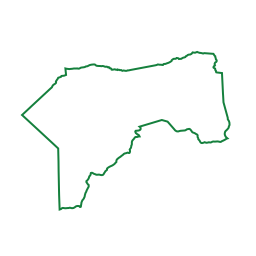 the district of Canudos, Bahia, Brazil, rotated 80°
{"feature_id": "56859067B47198937140500", "entity_name": "Canudos", "entity_type": "district", "adm_level": 2, "iso_a3": "BRA", "parent_name": "Brazil", "parent_adm1": "Bahia", "projection": "equal_earth", "projection_center": [-38.948, -10.003], "detail": "fine", "context": "isolated", "style": "outline", "palette": "green", "viewbox_px": 256, "rotation_deg": 80, "n_neighbors": 0, "source": "geoboundaries", "source_scale": "gbopen_adm2", "svg_char_len": 5010}
<svg xmlns="http://www.w3.org/2000/svg" viewBox="0 0 256 256"><g transform="rotate(80 128 128)"><path d="M155.5,31.9L154.5,32.7L153.9,33.1L153.3,33.4L152.5,33.6L151.5,33.8L150.7,33.8L149.9,33.6L149.2,33.3L148.4,32.9L147.8,32.2L147.1,31.1L146.5,30.3L145.6,29.2L144.9,28.7L143.9,28.4L143.2,27.8L142.6,27.5L142.1,27.4L141.1,27.3L140.2,27.2L139.5,27.3L138.7,27.4L138.1,27.7L137.4,27.9L136.8,28.2L136.0,28.1L135.3,28.0L119.3,29.5L112.6,28.7L110.7,28.5L90.2,25.9L88.8,30.6L88.5,31.4L87.7,31.6L86.8,31.5L86.0,32.0L85.4,31.9L84.6,31.9L83.9,32.8L83.3,33.3L82.6,33.1L82.1,32.7L81.8,31.9L81.3,31.4L80.7,31.6L80.1,31.6L79.5,31.4L78.7,30.8L78.2,29.6L77.6,29.1L76.7,28.9L75.8,29.5L74.5,29.5L73.5,29.7L72.5,29.6L71.8,30.2L70.8,30.6L69.8,31.0L67.5,40.0L67.7,41.1L67.2,42.1L66.7,43.4L66.4,44.5L66.0,45.2L65.6,46.0L65.1,46.7L65.3,47.7L65.5,48.7L65.2,50.1L64.8,51.2L65.4,51.9L66.0,52.6L66.4,53.9L66.3,55.5L66.5,56.5L66.9,57.1L67.2,57.8L67.4,58.6L68.1,59.2L68.3,60.4L68.3,61.2L68.6,62.4L69.1,63.4L69.0,64.7L68.9,65.9L68.2,66.2L67.8,67.0L67.5,68.0L68.1,68.9L68.0,69.9L67.8,70.8L68.2,72.1L68.8,73.1L69.6,73.5L70.0,74.4L70.3,75.1L70.6,76.0L70.9,77.3L71.0,78.2L71.2,79.1L71.4,80.1L71.2,81.2L71.3,82.0L71.9,82.4L71.9,83.3L71.4,84.5L71.2,85.8L70.9,86.7L70.6,87.6L70.9,88.7L71.0,89.8L71.3,115.4L71.4,117.4L71.2,118.2L71.4,119.1L71.4,120.0L71.1,121.0L70.6,122.3L70.7,123.7L70.2,124.2L69.7,124.8L69.7,125.8L69.0,126.9L69.1,128.1L68.5,128.4L68.7,129.4L68.3,130.2L67.9,130.8L67.9,132.0L67.9,133.2L67.7,134.0L66.7,134.2L66.1,135.0L65.9,135.8L65.2,135.8L64.7,136.4L64.7,137.4L63.9,138.2L63.8,139.5L63.5,140.3L62.9,141.2L62.5,142.4L62.5,143.6L62.1,144.7L61.9,145.8L61.6,147.0L61.3,148.0L60.8,148.7L59.9,149.4L59.5,150.3L59.4,151.3L59.3,152.5L59.3,153.7L59.4,154.9L59.7,155.9L60.1,157.1L60.1,158.1L60.1,159.0L60.5,160.0L60.5,161.3L60.4,162.9L60.4,163.9L60.7,164.7L61.0,165.8L60.9,166.8L60.5,167.7L60.4,168.9L60.2,169.8L60.0,171.1L60.0,172.5L59.9,173.9L59.8,174.6L59.8,175.6L59.4,176.8L59.1,177.9L58.8,178.6L58.5,179.3L65.0,179.8L65.4,182.0L65.3,182.9L65.2,184.5L65.9,185.0L66.2,186.4L66.4,188.0L67.5,188.8L68.3,189.7L68.9,190.2L69.6,190.9L70.5,190.9L71.3,191.3L71.9,192.4L72.2,193.2L72.5,193.9L73.1,194.7L73.8,195.3L74.6,195.8L75.0,196.3L75.5,197.2L89.6,219.0L96.8,230.1L101.9,226.2L112.8,217.9L131.1,204.0L136.0,200.3L149.2,202.3L158.3,203.8L181.5,207.4L183.6,207.7L196.4,209.5L196.2,208.1L195.6,207.2L195.4,206.1L195.6,205.4L195.9,204.6L196.2,203.4L196.3,201.8L196.5,200.3L196.4,199.1L197.1,197.5L197.3,196.7L197.3,195.6L196.9,194.3L196.2,193.0L196.0,191.9L196.1,190.8L196.4,189.7L197.3,189.2L197.5,188.4L196.8,187.9L195.7,187.6L194.5,187.1L193.6,186.9L192.7,186.4L191.3,185.5L190.5,184.5L189.7,183.7L189.0,183.3L188.4,182.8L187.5,182.4L186.8,182.2L186.0,181.8L184.9,181.3L184.2,180.8L183.4,180.1L182.5,179.7L181.7,179.1L181.2,178.7L180.5,178.2L179.9,177.7L179.2,177.1L178.6,176.8L178.0,176.8L177.4,176.6L176.7,177.1L176.1,177.5L175.5,177.7L174.9,178.0L173.9,178.4L173.0,178.1L172.6,177.2L172.0,176.7L171.5,176.1L171.0,175.6L170.1,175.1L169.5,174.8L168.9,174.5L168.3,173.6L167.4,172.9L166.6,172.7L165.9,172.4L165.8,171.3L166.3,170.5L166.8,170.0L167.4,169.2L167.9,168.2L168.5,167.4L168.6,166.6L168.8,165.7L168.8,164.7L169.2,163.8L169.6,162.9L169.9,161.8L169.7,160.6L169.1,159.9L168.5,159.5L167.9,158.9L167.4,158.4L166.7,157.9L166.1,156.8L165.5,155.9L164.6,155.8L164.1,155.4L163.7,154.7L163.3,153.8L163.0,153.0L162.7,152.0L162.4,150.8L162.1,149.7L161.5,148.4L161.0,147.4L160.5,146.9L160.1,146.3L159.5,145.4L158.5,145.2L157.6,144.8L157.1,144.4L156.7,143.8L156.2,143.0L155.7,142.1L155.3,141.1L154.8,140.0L154.3,139.3L154.0,138.5L153.4,137.4L152.8,136.6L152.5,135.6L152.5,134.5L152.3,133.5L152.2,132.5L152.7,131.7L152.8,130.9L152.2,130.4L151.5,130.1L150.9,130.0L150.2,130.0L149.6,130.1L149.0,129.6L148.4,128.9L147.7,128.4L146.7,128.0L145.9,127.8L145.2,127.2L144.1,126.9L143.3,126.8L142.4,126.6L141.6,126.2L140.9,125.6L140.4,125.0L139.6,123.9L138.9,123.3L138.2,122.3L138.3,121.4L138.4,120.3L138.2,119.0L138.3,118.1L137.6,118.3L136.6,118.8L136.0,119.7L135.4,120.3L134.9,120.5L134.5,121.1L133.5,121.4L132.6,121.4L132.1,120.9L132.2,119.7L132.3,118.6L132.3,117.7L132.1,116.9L131.8,116.2L131.1,115.7L130.0,115.6L129.2,116.0L128.7,116.4L126.0,93.3L128.6,87.9L137.4,82.6L138.5,82.0L139.6,80.8L139.9,80.1L140.1,79.2L139.9,77.5L139.9,76.3L140.0,75.5L140.1,74.3L140.2,73.2L140.3,72.4L140.1,71.5L139.8,70.8L139.5,70.1L139.5,69.1L139.5,67.9L140.0,67.1L140.6,66.7L141.5,66.2L142.2,65.9L143.1,65.5L143.7,64.9L144.2,63.9L144.9,62.9L145.7,62.1L146.2,61.4L146.7,60.9L147.4,60.7L148.1,60.9L149.2,61.0L149.9,60.7L150.5,60.6L151.2,60.7L151.9,60.3L152.8,59.7L153.6,59.5L154.2,59.3L155.0,58.9L155.5,58.3L155.7,57.6L155.6,56.2L155.3,55.0L155.7,54.3L156.1,53.5L156.2,52.7L156.2,51.8L156.1,50.9L156.4,50.0L156.6,49.1L156.5,48.3L156.2,47.5L156.1,46.4L156.4,45.3L156.6,43.9L156.7,42.5L156.9,41.7L157.2,40.9L157.6,40.0L157.8,39.1L157.5,38.2L157.1,37.4L157.0,36.5L156.7,35.6L156.3,34.4L156.0,33.6L155.6,32.8L155.5,31.9Z" fill="none" stroke="#15803d" stroke-width="2"/></g></svg>